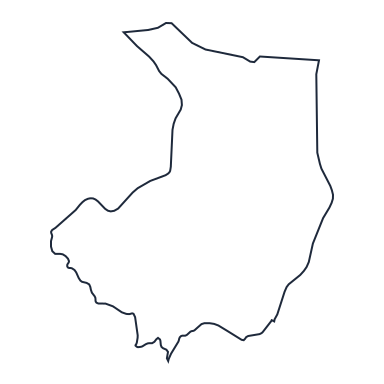 outline of Central Equatoria
{"feature_id": "SDS-865", "entity_name": "Central Equatoria", "entity_type": "State", "adm_level": 1, "iso_a3": "SSD", "parent_name": "South Sudan", "parent_adm1": "", "projection": "robinson", "projection_center": [30.797, 4.842], "detail": "fine", "context": "isolated", "style": "outline", "palette": "slate", "viewbox_px": 384, "rotation_deg": 0, "n_neighbors": 0, "source": "natural_earth", "source_scale": "10m", "svg_char_len": 2308}
<svg xmlns="http://www.w3.org/2000/svg" viewBox="0 0 384 384"><path d="M55.2,253.9L52.3,251.2L51.0,246.6L51.0,241.1L52.0,237.4L52.2,236.1L52.0,235.0L51.2,232.9L51.1,231.8L51.8,230.5L52.3,229.9L55.4,227.9L75.7,210.0L79.9,204.8L82.5,202.1L85.0,200.1L87.9,198.8L90.2,198.3L93.0,198.4L95.5,199.5L98.0,201.4L105.1,208.8L107.9,210.7L110.7,211.4L114.2,210.8L118.1,208.6L132.7,192.5L137.7,188.2L150.3,180.9L165.6,175.2L168.1,173.6L169.4,172.3L170.1,171.0L170.4,169.3L170.8,166.8L172.5,129.8L173.7,123.7L175.6,118.3L180.7,109.6L181.9,105.1L181.5,99.7L179.0,93.6L175.7,87.3L167.7,78.8L161.4,73.9L159.1,71.0L156.1,65.2L153.5,61.4L149.1,56.6L137.0,46.1L123.7,32.3L148.0,30.0L157.9,27.8L166.0,23.0L171.6,23.2L192.1,42.9L205.5,49.5L242.9,57.2L250.2,61.6L254.3,62.1L259.9,56.5L319.0,60.3L316.3,74.2L317.3,152.7L319.9,163.8L321.4,168.6L330.3,185.9L331.9,190.3L333.0,194.8L332.9,198.7L331.6,202.9L329.4,207.6L323.1,218.1L312.9,243.5L308.8,262.0L306.6,267.0L303.9,270.9L300.2,275.0L288.7,284.3L286.6,287.1L284.6,291.7L277.3,314.4L274.6,319.3L274.2,321.4L272.0,320.3L271.7,320.2L271.4,320.9L262.7,332.1L261.6,333.1L259.6,334.1L253.6,335.1L248.2,336.0L246.2,337.1L245.0,338.9L244.8,339.0L243.7,340.2L241.6,339.8L227.6,331.1L218.4,325.5L214.1,323.9L209.6,323.2L204.4,323.2L201.5,324.1L197.4,327.7L194.5,330.3L193.5,330.8L191.4,331.2L190.4,331.7L187.0,334.8L185.5,335.6L184.3,335.7L182.2,335.7L181.0,336.1L179.8,337.3L179.2,338.7L178.9,340.1L178.4,341.6L171.1,353.6L168.7,359.0L168.2,361.0L166.9,358.3L168.0,351.9L166.4,349.7L163.0,348.2L161.5,346.9L160.8,345.0L160.4,340.8L160.0,339.5L158.0,337.9L156.3,339.3L154.4,341.8L152.1,343.2L149.0,343.2L147.7,343.4L145.8,344.2L142.3,346.4L141.0,346.8L138.8,347.1L137.6,347.1L136.7,346.7L135.5,345.6L135.6,345.0L136.2,344.2L136.8,342.7L137.6,337.8L137.7,335.4L135.1,317.1L133.5,313.8L132.5,313.4L131.4,313.5L130.3,313.9L129.2,314.1L127.0,314.0L126.0,313.8L121.8,312.3L112.9,306.3L105.5,303.6L98.3,303.5L96.5,302.7L95.7,301.6L95.5,300.3L95.5,299.0L95.3,297.6L94.6,296.2L91.9,292.7L90.9,289.8L90.3,286.9L89.2,284.4L86.6,282.9L82.0,281.8L80.4,280.6L78.7,278.0L76.2,272.4L74.5,270.0L71.9,268.3L70.6,268.0L69.3,268.0L68.2,267.7L67.3,266.6L67.2,265.0L67.8,263.7L68.7,262.5L69.0,261.2L68.0,258.7L65.6,256.1L62.7,254.3L60.3,253.9L55.2,253.9Z" fill="none" stroke="#1e293b" stroke-width="2"/></svg>